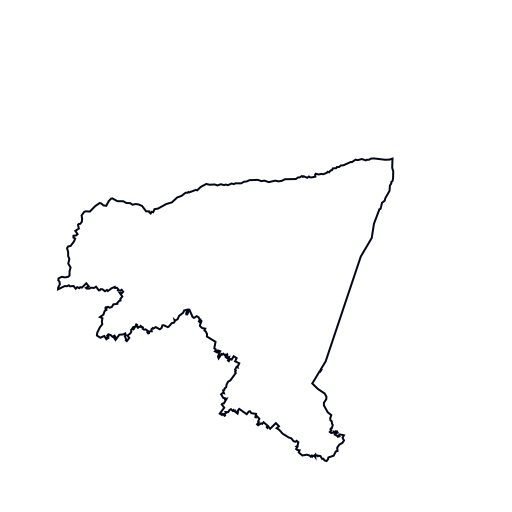 the district of Sleman, Yogyakarta, Indonesia, rotated 31°
{"feature_id": "22746128B68764842139539", "entity_name": "Sleman", "entity_type": "district", "adm_level": 2, "iso_a3": "IDN", "parent_name": "Indonesia", "parent_adm1": "Yogyakarta", "projection": "orthographic", "projection_center": [110.397, -7.69], "detail": "fine", "context": "isolated", "style": "outline", "palette": "ink", "viewbox_px": 512, "rotation_deg": 31, "n_neighbors": 0, "source": "geoboundaries", "source_scale": "gbopen_adm2", "svg_char_len": 6135}
<svg xmlns="http://www.w3.org/2000/svg" viewBox="0 0 512 512"><g transform="rotate(31 256 256)"><path d="M398.5,403.1L401.8,400.2L404.9,399.4L406.1,399.8L406.5,398.6L407.5,399.1L407.7,397.8L409.4,397.4L410.3,397.8L409.1,396.2L409.2,395.6L409.7,396.0L411.7,395.3L411.9,396.6L412.3,395.1L414.2,394.3L417.2,395.8L418.1,395.1L420.1,395.9L422.1,395.4L422.4,393.2L421.8,391.4L425.4,387.2L425.1,382.4L426.3,381.1L424.4,378.7L424.4,376.6L424.7,374.5L426.4,371.5L426.4,368.8L423.8,367.2L423.7,364.4L419.8,365.7L419.2,367.4L420.2,367.7L419.2,368.8L418.3,368.3L415.7,368.5L416.1,366.5L417.0,365.4L415.7,364.6L414.4,365.3L414.4,367.4L413.1,366.7L412.9,367.8L411.5,369.0L409.9,368.8L410.4,366.7L409.3,366.4L408.9,365.5L409.7,364.5L408.8,361.3L407.3,360.4L406.1,358.7L404.5,358.5L403.1,356.7L402.5,353.6L397.9,353.0L391.2,349.1L389.8,346.8L390.0,342.6L388.8,340.3L385.7,338.5L377.6,338.1L369.9,336.3L369.9,322.0L370.6,322.0L370.7,319.7L369.9,319.7L370.0,310.6L346.1,202.5L345.9,180.9L340.5,167.6L337.7,152.3L338.4,151.6L338.2,150.5L336.6,145.5L337.8,142.3L337.1,139.8L336.9,131.4L334.5,126.6L334.6,124.2L333.9,122.9L334.4,121.3L333.3,118.5L330.0,112.7L327.3,110.2L322.8,102.2L320.8,104.6L317.3,106.9L306.9,111.6L304.3,113.4L303.3,115.3L301.2,116.6L300.8,117.5L296.7,118.4L293.9,121.4L291.7,122.2L289.9,126.1L288.9,126.5L284.3,133.1L282.2,134.7L281.3,137.0L279.5,138.1L279.4,139.5L276.8,141.3L276.9,143.3L276.0,144.1L275.4,146.7L274.1,146.9L273.8,148.3L271.5,151.3L269.7,152.0L267.8,153.8L264.9,154.7L264.8,155.9L266.0,157.4L263.1,160.1L261.4,160.8L260.4,160.6L259.6,162.6L255.8,163.1L255.5,164.0L254.2,163.8L253.0,166.1L251.6,167.0L250.5,169.5L241.3,175.3L239.3,178.4L236.9,180.4L233.7,181.5L228.9,186.1L224.3,187.1L222.2,189.0L218.4,189.8L211.3,194.4L209.7,196.8L207.6,198.4L205.8,201.4L200.9,204.3L200.0,205.8L197.8,206.4L195.5,209.7L193.2,210.4L192.1,211.7L188.9,212.6L186.7,215.3L183.7,216.0L179.4,218.9L176.3,219.8L173.0,225.4L171.8,230.0L170.4,230.3L165.9,236.0L165.2,235.9L164.5,237.2L163.1,238.0L161.1,243.0L158.3,246.4L156.3,253.3L152.3,257.7L147.6,265.8L144.9,268.1L145.3,271.4L143.9,271.8L143.8,273.8L142.1,273.5L141.6,272.7L138.8,274.3L132.6,271.8L128.8,272.3L126.1,273.4L123.8,275.6L120.9,275.5L117.7,277.3L114.1,277.4L108.9,280.4L103.2,280.6L102.2,281.6L101.5,284.8L101.8,290.1L99.2,291.2L96.3,290.7L94.8,291.0L92.5,296.0L90.7,303.5L87.0,305.4L86.0,306.7L85.6,311.0L87.9,313.8L89.1,316.5L88.8,318.9L87.5,320.0L87.4,321.0L90.0,323.7L88.2,327.5L91.8,329.2L91.3,330.9L89.1,332.7L90.0,334.2L92.0,334.2L92.5,337.1L91.9,342.8L90.0,344.7L90.0,346.6L92.9,349.3L95.1,352.9L97.5,354.6L99.0,359.2L103.0,361.4L104.1,365.2L106.2,368.8L105.6,370.7L103.3,372.7L100.2,373.9L98.3,377.0L99.0,378.6L100.7,379.2L102.4,381.2L102.7,385.0L103.5,386.5L107.5,380.3L109.5,379.3L110.7,377.5L112.1,377.8L115.1,375.7L118.3,376.9L118.8,374.8L121.1,374.6L121.4,373.2L123.0,372.8L124.6,366.8L128.2,368.1L126.6,370.9L127.7,371.1L130.0,369.7L130.7,368.3L133.7,366.7L134.7,364.7L138.9,366.4L139.7,365.9L139.9,364.5L141.5,363.6L144.7,364.0L145.7,361.9L147.1,362.3L148.9,357.9L150.9,355.2L151.7,356.0L153.1,354.9L155.4,355.6L155.4,356.4L157.7,355.5L158.1,354.2L158.9,354.4L160.6,355.1L160.1,357.1L158.2,357.8L162.3,359.6L161.8,362.7L162.8,363.9L161.9,364.9L161.3,367.5L161.8,368.3L158.6,371.0L158.7,373.9L157.2,375.7L155.6,375.7L153.6,377.4L153.7,378.1L154.8,378.1L154.7,379.1L155.5,379.3L154.6,381.1L155.4,384.9L153.7,388.7L156.4,388.4L157.6,391.5L159.4,393.7L158.9,397.4L159.4,403.5L160.6,406.1L164.7,406.2L167.1,402.7L170.6,404.4L171.5,402.5L170.3,402.6L170.7,400.9L169.5,400.9L169.7,399.2L172.1,398.6L174.7,399.2L175.7,397.1L177.1,397.8L176.7,399.3L178.8,400.3L179.4,393.9L182.7,391.5L183.8,389.7L185.1,390.9L184.9,392.3L188.0,394.7L187.9,395.3L189.1,395.5L189.6,391.5L186.8,390.5L188.2,386.9L188.0,384.9L187.0,383.6L187.4,381.8L188.7,382.0L188.9,381.2L187.3,381.1L187.4,380.1L188.9,379.1L188.6,376.3L189.5,376.3L189.6,377.5L191.0,377.4L191.0,378.1L191.8,378.4L192.8,376.3L193.8,376.1L193.5,375.4L195.9,375.5L196.4,376.7L198.0,376.8L199.1,375.8L200.5,375.8L201.8,376.0L202.0,377.3L203.5,377.9L204.0,377.2L203.2,375.8L205.4,374.2L204.1,372.7L204.6,370.9L205.5,371.0L206.6,368.6L211.3,368.4L212.1,366.1L211.5,363.7L212.5,362.9L217.0,362.4L217.5,361.7L218.5,356.7L220.0,355.5L220.0,353.7L219.1,352.8L220.0,353.0L221.4,350.4L220.9,347.0L222.8,342.2L222.5,339.7L224.7,337.4L225.8,341.3L226.3,341.9L227.1,341.4L226.6,336.6L225.9,335.8L233.0,340.9L234.7,341.0L236.2,338.1L238.3,338.1L240.3,339.4L240.8,339.2L240.7,341.4L241.9,341.7L242.1,339.9L242.8,339.9L243.6,344.2L244.4,345.0L247.1,345.5L249.9,344.4L250.2,346.4L251.8,346.6L254.2,348.1L255.4,350.3L265.5,350.4L267.8,356.6L269.6,356.8L270.3,357.7L269.9,358.8L272.3,358.7L272.1,356.5L274.3,356.1L274.2,357.9L274.7,358.0L275.2,361.8L276.7,363.0L277.0,357.8L277.8,357.9L278.3,356.6L281.1,357.3L281.0,356.3L281.4,356.3L281.9,355.1L282.6,355.7L282.3,358.2L283.8,358.3L284.1,359.2L284.2,357.3L284.9,356.6L285.0,357.6L285.9,357.6L285.8,360.0L286.9,360.1L286.8,357.5L288.5,357.3L288.5,353.4L292.0,353.5L292.3,357.0L296.9,356.6L297.2,359.6L296.7,360.5L297.5,361.0L296.5,361.3L296.6,364.3L297.8,364.7L297.7,366.0L298.9,366.7L298.1,375.9L296.8,378.1L297.0,381.3L298.0,383.9L297.3,385.7L297.8,387.1L297.0,388.2L299.2,390.1L298.1,390.4L297.3,392.5L301.2,394.6L302.4,393.9L303.1,394.7L304.3,393.5L304.4,398.8L303.2,399.9L303.1,400.9L306.9,402.4L306.1,409.8L308.6,409.8L308.4,408.7L309.0,408.5L311.4,409.1L311.6,408.6L310.2,407.7L311.3,405.7L310.5,405.3L312.6,404.1L312.6,401.8L313.4,400.2L315.7,400.7L316.0,399.9L316.5,400.4L317.4,399.3L318.3,400.2L321.4,400.6L320.9,398.9L320.0,398.8L320.4,395.7L329.5,396.4L329.9,393.2L330.7,392.2L333.1,393.1L337.3,391.3L338.4,394.4L339.0,394.4L339.1,392.8L342.7,393.8L343.0,396.5L344.0,396.8L343.6,399.7L345.0,400.0L346.6,396.8L347.8,396.7L348.1,394.6L353.6,395.5L353.3,397.1L354.4,397.4L354.6,395.9L357.1,396.8L359.1,389.0L363.4,390.1L362.4,393.0L365.1,393.0L370.5,394.6L377.6,394.7L380.1,394.1L383.7,395.4L385.7,394.8L386.0,393.5L388.2,393.8L389.4,397.3L388.8,398.4L389.8,398.4L389.8,400.8L391.5,401.0L393.4,400.1L393.9,402.4L398.5,403.1Z" fill="none" stroke="#020617" stroke-width="2"/></g></svg>